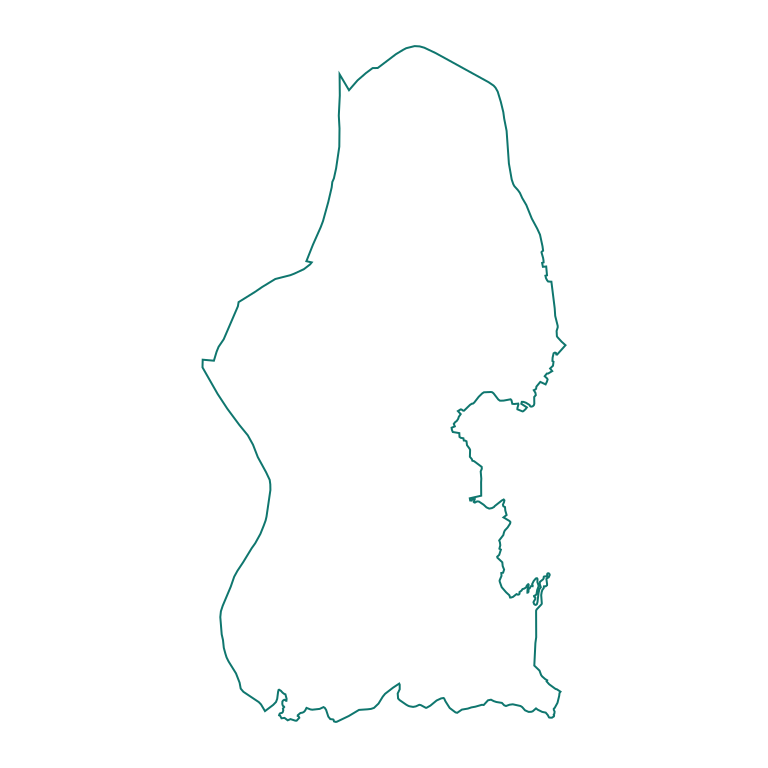 outline of Ba Vi, Ha Noi, Vietnam
{"feature_id": "81297802B94958861355476", "entity_name": "Ba Vi", "entity_type": "district", "adm_level": 2, "iso_a3": "VNM", "parent_name": "Vietnam", "parent_adm1": "Ha Noi", "projection": "natural_earth1", "projection_center": [105.414, 21.156], "detail": "fine", "context": "isolated", "style": "outline", "palette": "teal", "viewbox_px": 768, "rotation_deg": 0, "n_neighbors": 0, "source": "geoboundaries", "source_scale": "gbopen_adm2", "svg_char_len": 6109}
<svg xmlns="http://www.w3.org/2000/svg" viewBox="0 0 768 768"><path d="M508.9,163.5L506.6,130.9L504.2,118.7L503.3,112.1L500.8,101.8L497.7,91.6L495.5,87.7L493.6,85.6L488.6,82.2L435.7,53.1L424.3,47.7L419.7,46.4L414.6,46.1L406.2,48.2L403.0,49.9L395.9,54.2L377.7,68.0L372.6,68.1L365.9,73.1L357.6,80.3L349.0,90.2L339.6,74.3L339.8,95.5L338.8,115.6L339.5,128.4L339.3,146.7L336.1,168.4L333.9,178.4L332.3,182.0L331.7,187.3L328.3,201.9L323.0,221.1L320.7,227.2L312.9,244.8L306.4,261.2L311.7,262.4L310.1,264.4L304.0,269.1L294.4,273.6L290.3,275.2L275.3,279.0L262.3,286.9L255.0,291.9L238.6,302.1L237.9,306.3L223.7,339.3L218.6,346.8L216.6,351.7L213.9,360.7L202.7,359.7L202.5,367.4L217.6,393.9L227.3,408.7L239.3,424.9L247.8,435.3L253.0,444.7L257.8,457.1L266.1,472.3L269.7,479.9L270.3,484.4L270.4,490.0L266.5,516.7L265.6,520.5L263.7,525.7L260.4,533.9L255.2,543.3L251.7,548.2L243.1,562.3L237.5,570.7L234.2,576.7L230.7,586.8L222.7,605.8L220.9,611.3L220.3,617.1L221.7,634.4L223.0,640.1L223.8,647.8L225.4,653.7L226.6,657.5L228.6,661.5L236.0,673.4L239.6,682.7L240.7,688.6L243.4,691.8L258.8,702.1L261.0,704.4L265.0,711.1L273.2,704.9L276.0,702.0L277.2,698.8L278.1,691.8L278.6,689.9L279.1,689.7L280.9,690.8L282.5,692.6L284.2,693.9L285.4,694.3L286.6,698.8L286.4,700.8L286.0,700.8L284.8,699.8L284.2,699.8L283.0,700.6L282.4,701.5L282.3,703.9L282.6,705.1L283.2,706.2L283.9,706.5L284.2,707.0L282.9,708.6L283.3,710.2L282.7,712.2L282.1,712.8L280.0,713.4L279.4,714.2L279.1,715.3L280.1,715.7L281.5,718.3L284.5,717.9L287.7,720.3L290.5,719.1L295.4,720.7L296.6,720.7L299.3,717.8L298.7,716.5L297.7,716.0L297.8,715.2L300.4,713.0L302.6,712.6L303.9,711.9L305.1,710.6L306.5,707.9L310.4,709.4L312.3,709.7L319.7,708.9L323.5,707.1L324.8,707.9L326.1,709.9L328.3,716.6L330.3,719.1L333.0,719.4L333.5,719.7L334.0,721.4L335.5,721.9L336.7,721.8L348.8,716.0L359.0,709.9L367.6,709.3L371.0,708.9L374.0,707.9L378.5,703.6L382.8,696.6L385.1,693.8L393.0,687.7L399.2,683.6L399.7,684.7L399.7,689.3L397.7,693.5L398.1,698.5L399.6,700.1L406.4,704.8L408.6,706.0L410.1,706.4L413.1,706.9L415.8,706.4L419.3,704.8L420.8,705.1L425.8,707.8L426.5,707.8L430.4,705.6L436.6,700.5L441.1,698.4L443.5,698.0L444.1,698.4L445.5,701.4L449.7,708.0L455.5,712.4L457.2,712.8L461.9,709.6L467.8,708.6L471.4,707.4L475.3,706.7L481.9,704.8L483.7,705.0L488.0,700.3L491.0,699.7L493.7,701.1L496.4,702.0L501.9,702.9L504.2,705.3L506.0,706.0L509.6,704.7L512.8,704.3L520.5,706.0L522.2,707.1L525.0,710.3L528.6,711.9L531.2,711.8L532.7,711.3L536.0,708.4L537.7,709.7L542.2,711.9L545.7,712.6L547.8,715.1L549.0,717.4L549.6,717.6L551.9,717.7L553.9,716.4L554.1,715.2L553.7,714.8L554.4,713.4L554.6,711.6L553.8,709.9L553.8,708.7L554.7,707.9L557.5,702.8L559.2,695.8L559.5,693.1L560.5,691.7L556.7,689.2L555.6,689.0L549.2,684.3L546.6,681.4L547.2,680.3L545.2,679.1L542.1,676.4L541.1,675.0L539.5,670.6L534.3,665.6L535.4,643.0L536.2,637.2L536.1,610.7L536.6,609.5L541.5,604.3L541.8,603.4L541.2,595.1L541.7,591.9L542.5,589.6L543.6,588.4L544.0,586.3L545.7,586.3L547.0,585.3L547.1,584.2L546.4,579.0L546.9,578.3L548.7,577.3L549.7,575.0L549.6,574.3L548.7,573.3L547.6,573.4L547.2,574.0L547.1,576.2L544.1,576.5L543.7,577.0L543.6,578.5L543.1,579.3L540.0,581.8L539.7,583.8L540.8,587.3L539.4,589.1L538.5,593.1L537.5,602.0L536.9,604.1L536.0,604.8L535.3,604.9L534.2,604.2L533.5,602.4L533.7,601.6L535.2,599.2L535.3,598.2L535.3,597.5L534.1,596.6L534.0,596.0L535.8,595.0L536.5,594.1L537.2,590.0L538.5,586.5L538.5,585.3L537.4,582.1L537.5,579.0L536.9,578.2L535.8,578.5L533.7,581.0L532.1,584.2L532.7,585.5L532.6,586.2L531.1,586.1L530.5,586.6L529.9,588.0L528.5,589.3L528.5,591.8L527.7,592.7L527.4,592.7L527.4,592.3L527.5,590.0L528.1,587.5L527.9,586.3L528.7,585.0L528.6,584.5L528.2,584.2L526.8,585.6L526.1,587.4L524.2,588.6L522.5,589.1L521.5,590.6L519.5,592.1L519.5,593.8L519.0,594.4L518.0,594.7L516.5,594.1L513.0,596.9L511.1,597.5L510.1,597.5L509.4,595.3L506.1,592.3L501.7,587.2L499.7,581.6L499.6,580.4L501.5,575.9L501.3,573.0L503.1,572.7L504.1,569.6L502.7,566.1L502.3,562.3L497.4,557.7L497.2,556.7L499.2,554.9L500.9,549.6L499.4,548.7L500.3,545.2L499.9,542.3L499.2,540.4L503.3,535.1L504.0,532.3L504.8,530.5L507.6,527.5L510.1,523.6L510.4,522.1L509.5,521.0L503.5,517.4L506.6,515.0L505.3,510.5L505.0,507.1L503.4,506.3L502.9,504.7L504.0,502.2L504.4,500.3L503.7,499.5L501.8,500.5L494.7,506.1L494.0,507.0L491.9,508.1L489.2,508.6L486.5,507.4L483.6,504.7L479.0,501.6L477.7,501.4L476.6,501.6L475.1,502.5L474.4,502.5L473.8,502.0L474.7,499.3L472.1,499.4L471.7,500.6L470.2,500.5L469.8,498.3L481.2,495.7L481.1,482.3L481.3,478.7L480.7,471.4L481.8,468.8L481.7,466.9L474.1,461.2L472.3,460.7L472.0,459.4L469.9,456.8L470.1,449.9L469.5,448.6L467.0,445.2L466.5,441.3L465.1,440.6L463.8,440.5L463.4,438.3L460.7,437.8L459.5,436.9L459.3,433.1L452.8,432.0L451.9,429.9L451.6,427.7L454.8,426.4L453.8,423.9L455.0,422.3L456.8,420.9L458.2,418.8L458.8,416.8L460.7,414.1L457.9,411.1L460.6,409.4L461.5,409.5L463.2,410.7L464.0,410.7L470.1,404.8L471.9,403.7L472.8,403.7L474.2,402.6L478.7,396.8L482.2,393.4L483.9,392.3L491.0,392.0L492.3,392.3L493.6,393.4L498.3,399.5L500.0,400.7L503.6,400.6L510.6,399.3L511.5,400.3L512.3,403.8L514.1,404.0L518.2,403.6L518.4,404.5L517.4,408.1L517.4,409.3L522.5,411.4L523.3,411.2L525.6,409.1L526.9,407.4L521.3,403.8L521.8,401.9L523.5,401.9L525.9,402.7L529.6,405.0L530.0,406.0L530.6,406.5L531.7,406.6L532.8,406.2L533.8,405.3L534.3,403.8L534.2,397.0L535.8,395.1L535.4,392.8L533.8,390.2L535.6,389.3L536.1,388.7L536.4,386.6L540.3,381.9L545.6,384.4L546.9,381.7L547.6,379.5L547.2,378.6L544.7,376.2L546.9,373.5L548.2,373.5L552.2,371.1L550.1,368.5L553.0,365.7L553.5,361.7L552.4,361.0L552.6,357.7L553.6,353.3L554.6,352.7L555.4,352.7L555.9,352.9L556.3,354.5L557.1,354.6L565.5,345.2L561.6,341.7L557.5,337.2L556.9,336.2L556.6,331.0L557.7,327.4L557.7,325.9L555.2,315.9L554.7,308.3L551.4,281.7L548.1,281.5L547.1,280.3L546.0,278.2L545.4,275.7L547.0,275.3L546.2,266.5L542.9,266.8L542.1,262.9L543.6,262.4L543.5,260.4L543.1,258.0L541.5,252.4L541.7,251.7L543.1,250.7L542.5,246.3L540.0,234.7L537.2,228.6L531.8,218.6L526.3,205.0L522.2,198.0L519.9,192.9L517.9,190.1L514.4,186.2L513.3,184.2L511.7,179.5L508.9,163.5Z" fill="none" stroke="#0f766e" stroke-width="2"/></svg>